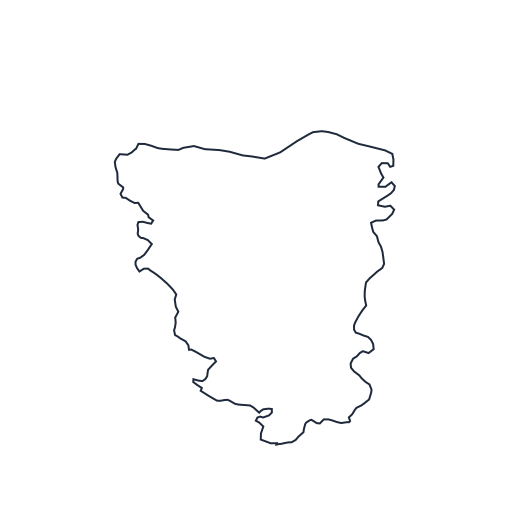 Agios Theodoros Larnakas, Larnaca, Cyprus (Equal Earth projection), rotated 210°
{"feature_id": "46923920B48762989005446", "entity_name": "Agios Theodoros Larnakas", "entity_type": "district", "adm_level": 2, "iso_a3": "CYP", "parent_name": "Cyprus", "parent_adm1": "Larnaca", "projection": "equal_earth", "projection_center": [33.405, 34.782], "detail": "fine", "context": "isolated", "style": "outline", "palette": "slate", "viewbox_px": 512, "rotation_deg": 210, "n_neighbors": 0, "source": "geoboundaries", "source_scale": "gbopen_adm2", "svg_char_len": 3221}
<svg xmlns="http://www.w3.org/2000/svg" viewBox="0 0 512 512"><g transform="rotate(210 256 256)"><path d="M144.0,102.9L141.8,104.9L140.2,105.9L138.7,107.4L135.0,110.6L132.0,112.5L129.7,116.5L128.9,120.9L126.8,127.1L128.0,130.1L129.3,134.9L129.3,136.3L129.1,137.1L127.5,140.3L126.2,141.8L122.7,141.8L119.9,141.6L117.0,142.9L116.9,143.3L115.6,148.4L111.6,150.7L107.9,151.7L102.7,152.7L98.6,154.0L94.5,157.3L92.3,158.6L92.0,160.1L94.9,162.7L93.7,166.5L93.5,168.1L93.5,171.8L93.1,174.7L90.1,179.2L88.7,182.2L86.3,188.3L88.0,195.4L89.1,198.0L93.5,201.5L98.0,201.7L103.0,202.8L107.0,204.3L113.2,205.0L117.8,206.7L120.3,210.2L120.6,215.6L118.5,219.5L117.5,224.1L115.8,227.0L110.0,228.2L107.5,234.1L110.5,238.3L114.5,240.9L118.6,241.9L123.2,240.9L127.9,240.3L131.2,239.5L134.2,241.2L136.3,244.7L136.9,248.0L137.1,255.1L137.1,255.3L136.7,262.3L135.8,268.2L139.2,272.0L141.5,275.0L143.2,278.0L144.8,281.2L147.5,288.1L146.4,293.5L145.1,297.4L144.4,299.4L143.2,303.2L140.7,308.7L141.1,313.2L145.3,318.7L148.5,322.8L152.6,326.7L156.7,329.1L161.2,333.6L166.5,335.5L169.1,338.0L173.0,342.3L169.8,346.7L163.9,350.2L161.2,352.9L159.1,360.6L159.5,365.2L164.8,366.7L169.0,363.1L175.7,360.9L177.4,364.4L173.9,371.0L172.1,374.4L170.5,377.8L169.6,382.2L170.8,386.0L175.5,387.6L178.6,380.6L184.5,377.3L185.7,379.3L184.9,387.7L188.5,389.7L194.5,394.4L193.5,399.3L188.3,402.2L184.4,400.3L182.2,402.7L185.1,408.1L189.0,412.6L190.1,412.5L197.1,412.0L212.2,407.7L223.6,404.3L238.3,402.4L247.0,401.8L255.4,399.5L261.4,397.0L268.5,391.8L271.4,387.3L277.8,376.2L286.9,357.8L297.2,344.7L309.2,340.2L317.7,336.5L331.0,333.1L340.5,329.5L353.8,322.9L364.7,320.2L373.1,313.3L376.2,309.1L382.1,306.1L390.9,301.9L395.1,300.3L401.9,299.1L408.4,297.4L411.4,295.7L413.9,294.3L413.5,289.0L414.0,288.0L415.5,283.4L418.0,279.4L425.0,276.0L425.7,270.3L425.3,266.8L421.9,262.5L418.0,259.0L416.8,257.3L413.4,251.8L412.1,250.3L410.9,249.7L405.3,249.0L404.5,247.4L404.4,242.1L400.9,239.8L397.9,241.2L392.5,240.9L387.6,241.2L384.6,243.2L376.3,238.7L370.1,237.8L368.4,235.9L362.8,235.3L363.0,231.5L366.6,230.3L371.0,229.1L374.8,226.6L374.2,223.7L371.3,220.1L369.7,216.3L368.1,214.8L365.4,214.2L364.2,214.3L362.8,215.1L357.7,215.7L352.2,214.2L352.5,210.4L352.7,207.0L353.4,201.1L355.3,196.8L357.5,194.2L357.5,190.8L356.0,188.3L353.1,186.1L349.2,184.3L346.8,188.9L343.2,191.1L339.9,190.6L336.7,190.5L332.1,190.1L326.5,189.2L318.8,187.6L311.3,185.4L305.8,182.8L304.7,177.8L300.1,172.0L295.4,168.9L295.2,162.3L292.2,158.1L290.5,153.7L289.8,150.7L286.6,147.1L282.9,147.1L280.7,146.8L274.3,146.9L270.0,144.9L267.1,141.3L265.3,142.6L260.8,142.9L257.9,142.9L250.5,142.9L244.5,144.0L241.5,146.6L237.9,144.7L239.2,139.8L240.6,133.6L239.6,130.8L238.2,127.5L238.3,124.2L239.8,120.9L243.6,119.3L248.6,118.0L247.3,115.5L242.5,114.9L236.9,114.6L236.5,111.6L226.8,111.2L221.5,111.2L217.5,111.2L214.6,112.7L211.4,115.4L208.8,117.2L206.7,117.5L200.2,117.5L196.6,118.7L189.3,122.2L186.4,123.6L182.2,123.5L174.9,121.9L174.4,124.2L173.0,126.9L168.9,130.0L165.8,131.4L164.0,128.4L165.0,124.5L169.1,119.7L172.1,119.0L174.0,116.8L173.8,113.3L170.0,113.4L164.4,112.0L163.0,104.8L160.1,99.4L153.7,100.5L149.5,101.2L144.3,104.3L144.0,102.9Z" fill="none" stroke="#1e293b" stroke-width="2"/></g></svg>